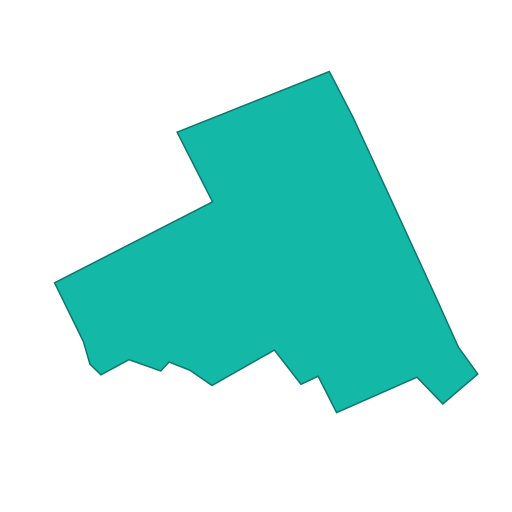 Rupea, Brasov, Romania (Albers equal-area conic projection), rotated 172°
{"feature_id": "2599482B289507895873", "entity_name": "Rupea", "entity_type": "district", "adm_level": 2, "iso_a3": "ROU", "parent_name": "Romania", "parent_adm1": "Brasov", "projection": "albers", "projection_center": [25.263, 46.025], "detail": "fine", "context": "isolated", "style": "filled", "palette": "teal", "viewbox_px": 512, "rotation_deg": 172, "n_neighbors": 0, "source": "geoboundaries", "source_scale": "gbopen_adm2", "svg_char_len": 475}
<svg xmlns="http://www.w3.org/2000/svg" viewBox="0 0 512 512"><g transform="rotate(172 256 256)"><path d="M91.6,83.5L52.8,108.2L68.3,137.7L82.5,186.5L111.6,283.7L140.7,380.1L157.7,428.5L316.9,389.6L291.5,315.7L315.9,307.2L459.2,257.5L454.1,241.9L438.8,195.1L435.5,172.0L426.1,159.9L396.2,171.0L366.3,155.4L356.8,163.1L337.2,151.9L317.6,133.9L250.9,160.3L229.3,122.7L211.2,128.3L198.0,89.7L113.5,113.6L91.6,83.5Z" fill="#14b8a6" stroke="#0f766e" stroke-width="1.5"/></g></svg>